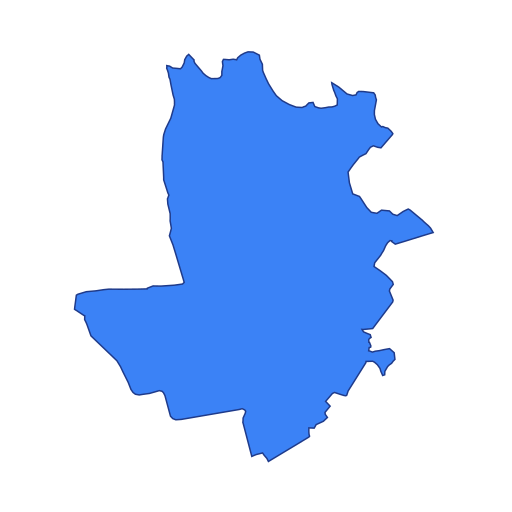 outline of Bilbis, Ash Sharqiyah, Egypt, rotated 99°
{"feature_id": "37247803B42171035160974", "entity_name": "Bilbis", "entity_type": "district", "adm_level": 2, "iso_a3": "EGY", "parent_name": "Egypt", "parent_adm1": "Ash Sharqiyah", "projection": "orthographic", "projection_center": [31.512, 30.409], "detail": "fine", "context": "isolated", "style": "filled", "palette": "blue", "viewbox_px": 512, "rotation_deg": 99, "n_neighbors": 0, "source": "geoboundaries", "source_scale": "gbopen_adm2", "svg_char_len": 4094}
<svg xmlns="http://www.w3.org/2000/svg" viewBox="0 0 512 512"><g transform="rotate(99 256 256)"><path d="M353.2,110.3L349.8,110.7L344.6,108.7L342.7,107.3L340.8,105.3L339.6,104.7L338.3,104.0L336.4,102.6L329.9,104.4L326.6,109.6L328.4,114.8L330.2,119.4L331.4,123.4L332.7,126.0L332.0,129.3L332.0,129.9L328.7,129.9L328.1,128.5L326.8,128.5L323.6,130.4L323.6,131.0L321.0,131.6L319.7,131.0L318.4,129.6L315.8,130.9L315.1,134.1L314.4,136.8L314.1,137.9L312.8,139.1L311.9,139.8L311.8,138.6L310.6,134.0L309.4,129.4L305.8,127.5L280.0,113.8L278.1,113.7L271.8,117.5L269.7,118.8L269.0,118.7L267.7,118.7L262.6,116.0L260.0,117.2L254.7,124.3L251.3,130.7L249.2,135.1L247.9,137.8L244.1,137.7L235.8,133.0L233.9,132.3L230.7,130.9L225.5,129.5L222.3,128.1L219.8,126.1L219.8,124.2L220.5,124.2L222.5,120.3L218.1,111.2L210.4,95.6L205.1,84.7L201.2,87.9L199.2,90.4L197.2,93.6L195.9,95.6L194.5,97.5L194.0,98.4L186.5,111.0L185.8,113.0L187.1,114.9L189.0,117.6L190.9,119.6L192.8,121.6L194.0,122.9L193.5,126.4L193.3,127.5L190.6,131.3L191.1,139.2L194.9,143.2L194.9,145.1L194.8,149.0L190.8,154.2L183.0,161.2L181.0,163.1L180.7,164.6L179.5,170.2L169.1,175.2L158.7,178.2L154.1,176.0L150.4,174.1L144.7,170.8L142.1,169.4L139.6,166.1L137.7,163.4L133.3,161.4L130.7,160.0L128.8,157.3L129.6,152.8L129.6,152.0L129.6,149.5L114.6,140.2L113.7,140.0L113.0,140.7L111.7,142.0L111.0,143.0L109.1,145.8L109.0,148.4L108.3,151.0L108.9,152.3L106.3,156.2L102.3,159.4L100.3,160.2L97.8,161.2L93.9,161.8L82.9,161.5L81.8,162.1L80.3,162.8L78.4,163.4L76.4,165.3L76.8,175.8L77.0,177.4L77.4,180.3L78.7,181.7L81.2,182.4L82.4,185.7L81.8,190.9L81.7,191.5L76.3,200.5L73.3,207.5L73.0,208.3L74.9,207.7L80.1,205.2L82.1,203.9L85.4,202.1L88.0,200.2L94.1,199.4L95.7,201.6L96.9,204.3L97.5,207.5L98.7,210.8L99.9,214.8L99.9,217.4L99.2,221.3L95.4,223.7L96.5,227.7L98.4,229.1L100.3,230.4L100.9,231.8L101.5,232.7L102.1,233.7L102.7,239.6L101.2,246.8L98.5,254.5L94.5,261.0L90.6,264.8L84.0,270.5L79.4,273.7L73.5,277.5L71.6,278.5L65.6,279.7L61.0,282.9L57.1,284.1L55.0,290.6L55.6,295.8L57.4,299.1L60.0,302.5L63.1,305.1L65.3,305.8L65.2,306.6L65.2,309.3L66.4,313.2L66.7,317.3L66.9,318.9L69.3,319.6L73.2,318.4L77.0,318.5L79.0,318.6L82.9,318.0L85.4,319.3L86.6,321.3L86.9,322.7L87.8,327.9L87.1,330.5L85.7,333.7L83.7,336.9L81.8,338.8L75.2,346.5L73.2,347.8L72.1,347.8L67.4,354.0L67.9,354.4L69.4,355.7L73.2,357.1L76.5,357.1L81.0,358.5L82.9,359.9L83.1,363.9L83.4,367.7L82.0,371.0L81.9,373.9L83.2,373.6L84.5,373.6L86.5,372.4L89.1,371.1L93.0,369.9L94.9,368.6L100.1,366.8L109.9,363.1L113.8,361.2L114.6,361.0L117.1,360.5L118.0,360.4L119.6,360.1L133.2,361.7L144.7,365.2L150.6,366.1L153.1,366.1L168.7,364.7L170.6,364.5L171.2,364.5L173.3,364.2L175.7,363.9L177.6,362.6L192.7,359.5L195.2,359.1L207.5,352.9L208.5,352.2L209.5,351.6L212.7,352.2L213.4,352.4L218.5,351.2L227.6,347.4L232.3,346.6L234.8,346.3L240.7,344.3L241.9,343.9L248.0,344.5L249.6,344.7L258.1,339.7L265.9,335.9L290.5,324.1L291.6,323.6L293.3,322.8L295.2,324.2L297.6,332.1L300.6,345.2L301.7,353.0L304.8,358.3L305.5,358.3L307.2,367.5L309.5,381.2L311.8,396.3L313.0,400.9L315.5,408.8L317.8,418.0L321.6,425.9L322.8,427.3L334.7,427.0L337.0,426.9L341.7,416.5L341.8,415.8L343.2,415.6L345.6,415.3L348.4,413.3L350.2,412.2L354.8,409.7L360.7,406.5L381.2,377.0L386.5,372.5L391.1,369.4L400.9,362.4L407.4,358.6L410.0,356.1L411.4,353.5L411.5,349.6L410.2,345.7L408.4,339.7L406.0,334.5L404.1,330.5L404.3,327.6L405.5,326.0L408.1,324.1L427.6,315.4L429.6,312.8L430.3,309.6L429.1,304.3L410.2,248.5L409.0,245.8L409.7,243.2L410.4,242.4L410.5,242.4L411.0,241.9L412.9,242.0L418.1,243.4L420.2,243.1L422.6,242.9L423.3,242.5L454.6,228.8L453.2,226.6L452.0,224.6L449.5,218.7L451.5,216.8L454.2,213.6L455.3,212.8L457.0,211.6L426.5,175.4L425.6,174.9L423.9,175.7L421.4,176.3L417.5,176.9L416.9,171.6L413.1,170.2L410.9,166.9L408.7,163.6L404.3,160.2L401.6,162.8L399.7,163.4L392.7,159.3L388.7,164.5L379.8,159.0L378.5,157.1L379.5,150.9L380.0,147.3L380.0,145.4L379.3,144.6L374.9,143.9L345.6,131.4L344.2,130.8L342.9,130.8L342.3,127.5L341.7,124.3L342.4,122.3L344.4,119.1L347.7,115.9L350.3,114.7L354.2,112.2L353.2,110.3Z" fill="#3b82f6" stroke="#1e3a8a" stroke-width="1.5"/></g></svg>